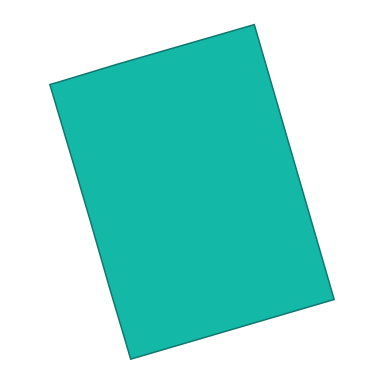 Grundy, Illinois, United States of America, rotated 165°
{"feature_id": "52423323B76821176923110", "entity_name": "Grundy", "entity_type": "district", "adm_level": 2, "iso_a3": "USA", "parent_name": "United States of America", "parent_adm1": "Illinois", "projection": "mercator", "projection_center": [-88.344, 41.286], "detail": "fine", "context": "isolated", "style": "filled", "palette": "teal", "viewbox_px": 384, "rotation_deg": 165, "n_neighbors": 0, "source": "geoboundaries", "source_scale": "gbopen_adm2", "svg_char_len": 307}
<svg xmlns="http://www.w3.org/2000/svg" viewBox="0 0 384 384"><g transform="rotate(165 192 192)"><path d="M82.5,51.4L88.5,337.6L230.5,334.8L294.9,332.7L301.5,332.6L299.5,261.2L297.7,189.8L296.4,118.3L295.4,82.6L294.5,46.7L294.5,46.4L82.5,51.4Z" fill="#14b8a6" stroke="#0f766e" stroke-width="1.5"/></g></svg>